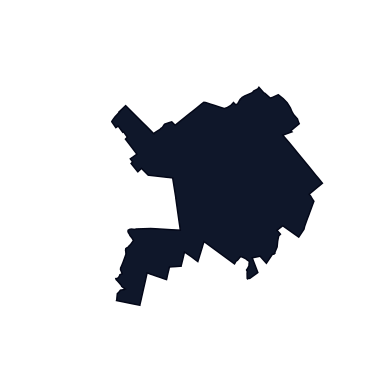 Conkal, Yucatán, Mexico (orthographic projection), rotated 134°
{"feature_id": "50627088B39566324417848", "entity_name": "Conkal", "entity_type": "district", "adm_level": 2, "iso_a3": "MEX", "parent_name": "Mexico", "parent_adm1": "Yucatán", "projection": "orthographic", "projection_center": [-89.502, 21.075], "detail": "fine", "context": "isolated", "style": "filled", "palette": "ink", "viewbox_px": 384, "rotation_deg": 134, "n_neighbors": 0, "source": "geoboundaries", "source_scale": "gbopen_adm2", "svg_char_len": 4264}
<svg xmlns="http://www.w3.org/2000/svg" viewBox="0 0 384 384"><g transform="rotate(134 192 192)"><path d="M204.2,88.7L197.5,103.0L194.4,100.8L190.9,98.4L191.6,89.0L181.0,90.9L179.8,89.9L178.5,89.9L178.6,90.2L172.4,92.6L168.0,96.1L167.9,96.2L163.4,99.1L160.9,99.1L160.8,100.3L160.7,101.9L160.6,102.5L160.6,103.1L160.6,103.6L160.5,104.2L160.5,104.3L160.4,104.3L153.5,103.3L153.3,103.3L153.2,103.0L150.3,83.9L149.2,84.1L146.0,84.7L141.0,85.6L138.5,87.1L137.2,87.7L130.8,90.6L129.8,91.0L125.8,92.7L125.5,92.9L122.2,94.3L117.5,96.4L114.0,97.9L113.3,101.2L113.2,101.5L112.5,103.9L112.4,105.5L112.2,106.2L102.8,105.2L95.1,104.3L94.9,106.2L94.4,109.9L94.2,111.9L94.0,114.2L93.8,115.8L92.8,123.5L90.4,144.5L90.3,145.2L89.0,156.3L88.1,166.2L79.3,161.9L79.3,162.7L79.4,163.5L76.8,163.2L74.6,163.0L68.4,162.3L67.9,163.6L66.7,166.0L66.2,166.8L66.0,169.2L65.7,172.8L64.7,176.2L63.9,178.0L63.2,179.6L62.6,181.9L61.7,185.6L61.5,191.2L61.9,195.4L62.1,197.5L63.9,198.2L65.7,198.9L68.0,199.8L70.1,201.0L70.2,203.4L70.3,206.1L70.4,208.2L70.8,209.2L70.2,216.6L71.2,216.4L72.2,216.3L76.6,217.8L77.9,217.6L79.0,217.8L79.4,217.9L86.5,220.9L88.2,221.3L88.8,221.6L90.6,221.6L91.7,221.7L93.6,221.3L94.3,221.0L95.6,220.8L96.8,220.3L98.8,221.1L98.9,222.3L98.8,224.3L102.6,224.2L107.1,225.4L107.5,225.7L109.5,226.7L111.8,231.3L113.0,233.8L113.7,235.3L114.9,237.7L115.9,239.6L116.8,241.5L117.7,243.4L118.2,244.4L118.8,245.2L119.1,245.6L119.4,245.9L121.4,246.1L121.6,246.2L127.6,246.9L127.8,246.9L135.5,247.9L135.7,248.0L141.9,248.8L142.1,248.8L146.7,249.4L155.7,250.5L155.6,255.3L157.7,256.5L161.0,258.2L161.9,258.7L162.7,258.8L165.8,258.2L166.6,258.2L167.5,258.5L169.2,258.5L173.9,259.7L174.6,259.8L175.3,260.0L176.6,259.8L176.6,262.4L176.5,265.5L176.4,270.9L176.4,276.0L176.3,280.7L176.2,287.2L176.0,299.7L178.1,299.8L180.9,299.9L182.8,300.0L183.0,300.0L183.3,300.0L183.5,300.0L184.7,300.1L185.1,300.1L185.1,299.7L185.6,299.7L185.9,299.7L189.1,299.6L189.4,299.6L191.1,299.6L194.2,299.2L197.0,298.7L197.2,298.4L198.6,291.5L195.8,290.9L196.8,285.3L197.1,283.2L196.2,282.9L196.9,279.6L197.4,276.6L200.2,276.6L200.9,271.8L202.7,260.1L203.1,257.9L211.0,259.4L211.6,255.6L213.8,255.6L214.7,248.4L214.8,247.5L215.0,246.3L215.1,245.0L210.1,244.8L210.3,235.2L206.6,230.4L198.4,219.7L198.2,219.5L195.3,215.7L195.6,215.3L207.4,199.6L207.7,199.4L207.9,199.0L208.2,198.7L217.6,186.7L222.5,180.4L225.2,176.9L227.6,173.9L233.8,181.0L243.0,191.8L246.9,196.3L257.2,206.3L258.9,207.4L260.1,209.0L260.8,209.9L262.2,210.9L263.9,211.4L264.9,210.6L265.5,209.4L265.6,208.4L266.4,206.3L266.8,203.2L267.6,200.3L268.3,200.3L272.5,199.7L274.7,199.8L276.2,199.6L277.5,200.1L278.7,200.3L280.2,199.2L280.8,198.3L282.6,196.3L290.6,192.7L294.4,191.2L296.2,190.6L297.5,189.5L298.1,188.0L299.3,185.4L299.8,185.6L301.6,186.4L302.9,185.8L304.5,185.5L305.8,185.6L306.9,186.3L307.2,186.6L307.7,185.7L307.7,184.0L308.2,178.2L308.7,177.0L308.6,175.9L308.1,172.5L308.8,172.7L310.9,174.2L312.3,175.3L314.9,175.0L317.0,175.1L318.4,174.0L320.9,172.0L321.4,171.5L322.5,170.9L313.4,156.6L309.7,150.9L309.6,151.0L304.7,153.9L301.3,156.0L300.6,156.4L294.2,160.3L293.7,160.6L288.7,163.6L281.4,168.1L280.9,167.2L280.0,165.0L278.8,162.6L278.1,161.0L277.0,158.6L276.5,157.6L275.3,155.1L274.6,153.5L274.5,153.3L274.4,153.1L273.7,151.5L272.7,149.5L271.5,150.2L268.5,152.1L268.1,152.3L267.1,152.9L265.1,154.1L264.5,154.4L264.0,154.7L263.5,155.0L262.9,155.4L261.7,156.1L260.9,155.5L260.7,155.3L260.5,155.2L260.2,154.9L259.2,154.0L257.4,152.3L252.9,148.3L252.7,148.5L252.4,148.7L252.1,148.9L251.8,149.0L251.5,149.2L251.2,149.4L250.8,149.6L250.4,149.8L250.0,150.1L249.7,150.2L249.5,150.4L249.1,150.6L248.0,151.2L242.1,154.7L240.4,155.7L239.9,152.9L239.0,147.7L238.7,145.2L238.4,142.6L238.0,139.5L232.6,142.2L231.9,142.6L230.8,143.1L229.8,143.6L228.7,144.2L227.3,144.9L225.9,145.6L224.5,146.3L223.1,147.1L220.6,148.3L219.3,149.0L214.2,111.5L212.9,111.8L211.7,112.2L210.6,112.2L209.7,111.9L208.0,112.0L206.0,112.2L204.9,112.2L204.0,111.0L203.4,109.2L202.9,107.7L202.7,107.1L202.5,104.6L202.3,104.1L202.2,102.3L203.2,101.7L204.1,101.0L205.2,100.0L205.6,99.7L208.3,98.9L210.2,98.6L210.9,96.8L212.0,96.1L215.8,92.3L215.9,91.8L215.6,91.8L214.7,91.0L213.9,90.4L208.8,89.5L205.6,88.9L204.2,88.7Z" fill="#0f172a" stroke="#020617" stroke-width="1.5"/></g></svg>